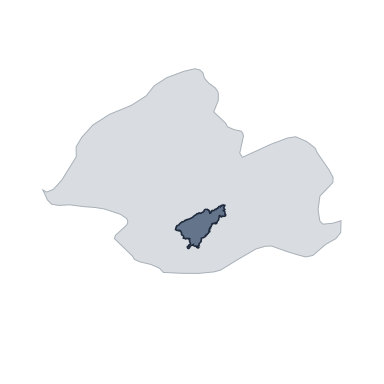 Ngororero, Western, Rwanda (highlighted), rotated 242°
{"feature_id": "39286606B38913138871456", "entity_name": "Ngororero", "entity_type": "district", "adm_level": 2, "iso_a3": "RWA", "parent_name": "Rwanda", "parent_adm1": "Western", "projection": "equal_earth", "projection_center": [29.551, -1.904], "detail": "fine", "context": "in_parent", "style": "filled", "palette": "slate", "viewbox_px": 384, "rotation_deg": 242, "n_neighbors": 0, "source": "geoboundaries", "source_scale": "gbopen_adm2", "svg_char_len": 6741}
<svg xmlns="http://www.w3.org/2000/svg" viewBox="0 0 384 384"><g transform="rotate(242 192 192)"><path d="M159.6,109.5L163.2,109.4L187.3,101.6L189.7,104.1L193.6,119.1L195.7,121.3L199.0,121.9L205.8,118.4L218.2,106.6L223.6,99.5L230.0,89.4L238.1,78.0L242.7,68.1L247.1,62.3L252.9,60.6L259.4,61.1L263.9,61.2L260.2,63.6L259.4,70.9L263.6,82.5L277.5,106.4L286.3,110.9L292.0,120.2L297.7,135.9L299.3,155.6L297.0,179.2L298.4,196.8L303.5,208.3L304.8,223.3L302.4,241.6L299.4,252.6L296.0,256.3L292.0,257.6L286.7,256.4L280.2,257.9L273.1,261.4L268.7,261.9L265.9,261.2L260.7,258.3L252.5,248.8L237.1,254.0L233.0,253.9L227.3,258.4L222.7,264.0L219.9,264.4L217.1,263.6L203.9,252.4L199.0,252.8L197.1,284.3L194.8,301.7L192.1,309.5L182.6,317.0L173.1,321.3L167.9,321.0L146.9,323.4L138.7,323.4L134.2,320.8L128.3,303.0L117.2,295.0L106.5,291.3L102.2,292.4L98.3,301.7L96.7,310.1L86.4,304.3L83.3,297.3L83.0,285.3L79.2,268.9L81.3,261.9L85.4,257.4L93.9,248.8L107.0,236.8L109.8,231.0L111.7,221.5L110.8,199.4L109.6,180.6L111.1,174.0L117.1,159.5L125.1,144.7L134.4,129.0L140.0,127.5L147.4,121.6L155.2,112.8L159.6,109.5Z" fill="#d9dde1" stroke="#a8b0b8" stroke-width="1"/><path d="M168.7,161.8L168.2,161.8L168.0,161.6L168.0,161.0L167.6,160.6L167.2,160.5L167.0,160.3L166.6,160.2L166.5,159.8L166.0,160.1L165.9,160.3L165.7,160.3L165.5,160.5L165.3,160.5L165.1,160.8L165.1,161.1L164.8,161.4L164.1,161.7L164.0,162.0L164.2,162.6L163.9,162.9L163.9,163.1L163.7,163.1L163.3,163.0L163.1,163.6L162.7,163.5L162.2,163.6L161.8,163.5L161.5,163.7L160.9,163.5L160.7,163.6L160.4,163.2L160.0,163.2L159.6,162.8L159.3,162.7L158.9,162.8L158.7,163.0L158.3,163.2L158.0,163.5L157.0,163.8L156.7,163.6L156.2,163.6L155.4,162.6L155.2,162.7L155.1,163.1L154.7,163.3L154.6,163.6L154.6,163.9L154.4,164.1L154.1,164.2L154.1,164.4L154.0,164.2L153.6,164.2L153.6,165.0L153.4,165.2L153.5,165.5L153.1,165.9L153.1,166.4L152.8,166.7L152.6,166.7L152.5,167.1L152.4,167.1L152.4,167.3L152.3,167.7L152.0,167.9L151.8,168.1L151.3,167.3L151.3,167.1L150.6,167.1L150.4,167.3L149.6,166.6L149.4,166.6L149.0,166.5L148.2,166.6L147.9,166.5L147.7,166.6L147.1,166.4L146.8,166.2L146.8,165.5L146.7,164.9L146.8,164.4L146.3,164.0L146.1,163.5L145.7,163.6L145.8,163.2L146.1,162.6L146.1,162.4L145.6,161.9L144.9,162.0L144.3,161.8L143.7,162.3L143.7,162.5L143.8,162.6L143.7,162.7L143.7,163.0L144.0,163.8L144.1,164.0L144.5,164.0L144.8,164.5L144.7,164.8L144.8,165.0L144.9,165.5L145.2,165.8L145.2,166.4L145.0,166.9L144.9,167.2L145.1,167.6L145.0,168.2L144.8,167.9L144.4,168.0L144.3,167.9L144.1,168.1L143.9,168.4L143.4,168.5L142.5,169.5L142.5,169.8L142.2,170.1L141.9,170.8L141.6,170.8L141.4,170.4L141.3,170.5L141.0,170.3L140.9,170.6L140.7,170.7L140.3,170.6L140.1,170.8L139.7,171.0L139.6,171.3L139.9,171.4L139.9,171.6L140.2,171.5L140.3,171.5L140.2,171.8L140.3,171.9L140.3,172.0L140.4,171.9L140.8,172.0L140.8,171.9L141.0,171.7L141.1,171.8L141.3,171.8L141.5,172.0L141.4,172.2L141.5,172.5L141.6,172.9L141.6,173.1L141.8,173.2L141.8,173.4L142.3,173.3L142.6,173.8L143.1,174.0L143.3,175.1L143.5,175.3L143.5,175.6L143.6,176.1L143.9,176.3L143.9,176.5L144.2,177.1L144.6,177.2L144.9,177.4L145.0,177.3L145.8,178.2L146.4,178.2L146.8,178.6L146.7,179.1L146.7,179.8L146.5,180.1L146.4,180.4L146.2,180.8L146.4,181.6L146.4,182.0L146.3,182.3L146.3,182.5L146.5,182.9L146.6,183.1L146.7,183.7L146.8,183.7L147.2,184.1L147.3,184.0L147.3,184.3L147.5,184.5L147.3,184.6L147.2,184.8L147.2,185.3L147.7,185.9L147.8,185.9L147.9,186.4L147.8,186.5L147.8,186.9L148.0,187.0L148.1,187.4L148.3,187.5L148.5,187.9L148.6,188.1L148.6,188.4L148.6,188.7L148.8,189.0L148.7,189.1L148.8,189.2L149.2,188.9L149.2,189.0L149.6,189.2L149.9,189.5L149.9,189.4L150.1,189.3L150.1,189.6L150.3,189.6L150.5,190.1L150.8,190.2L151.1,190.0L151.2,190.4L151.4,190.7L151.6,190.5L151.9,190.7L151.7,191.2L152.0,191.2L152.0,191.4L151.9,191.6L152.1,191.6L152.2,191.9L152.4,191.9L152.6,192.2L152.6,192.9L152.9,193.1L153.2,193.7L153.6,194.0L153.8,194.3L154.0,194.2L154.1,194.4L154.2,194.5L154.7,194.8L154.5,195.4L154.2,195.5L154.0,196.0L154.0,196.5L154.2,196.8L154.2,197.0L154.0,197.3L153.8,197.3L153.9,197.6L153.7,197.8L153.7,198.1L153.5,197.9L153.2,198.1L153.1,197.9L153.0,198.1L152.9,198.0L152.7,198.1L152.7,198.6L152.9,198.7L152.9,199.2L153.2,199.2L153.6,200.1L154.5,201.2L154.6,201.9L155.0,202.6L155.5,202.8L155.6,203.0L156.3,203.3L156.9,204.3L157.0,204.4L157.3,204.4L157.4,204.6L157.6,204.5L158.0,204.7L158.2,204.9L158.2,205.1L158.3,205.3L158.1,205.5L157.8,205.7L157.7,205.8L157.5,205.6L157.4,205.8L157.2,205.7L157.1,205.8L156.9,205.7L156.6,205.9L156.3,206.4L156.0,206.5L156.5,207.7L156.0,208.1L155.5,208.9L155.5,209.1L155.3,209.4L155.2,210.1L155.3,210.2L155.3,210.4L155.4,210.6L155.5,210.7L156.0,210.6L156.4,211.1L156.9,210.6L157.1,210.6L157.2,211.0L157.3,211.1L158.1,211.2L158.7,211.6L159.3,211.6L159.7,211.9L160.0,211.7L160.4,211.1L160.8,211.0L160.7,211.4L160.8,211.6L161.0,211.6L161.1,211.9L161.3,212.9L162.2,212.5L162.6,212.5L162.9,212.7L163.3,212.6L163.6,213.3L163.9,213.5L164.2,214.1L164.4,214.3L164.8,214.2L164.9,214.6L165.0,214.5L165.3,214.2L165.5,214.5L165.3,213.9L165.4,213.7L165.5,213.5L165.8,213.7L166.0,213.0L165.8,213.0L165.7,212.5L165.9,212.2L166.2,212.1L166.3,211.8L165.9,211.6L166.0,211.4L165.9,211.3L165.8,211.0L166.0,210.8L165.9,210.6L166.1,210.7L166.3,210.5L166.1,209.9L166.3,209.7L166.5,209.3L166.5,209.1L166.5,208.8L166.2,208.6L166.2,208.1L166.0,207.5L165.6,207.4L165.6,207.1L165.8,206.7L165.6,206.1L165.8,205.8L165.7,205.3L165.3,205.0L165.6,204.7L165.8,204.5L165.9,204.2L165.6,204.0L165.5,203.1L165.4,202.8L165.5,202.8L165.6,202.3L165.7,201.8L165.8,201.6L166.0,201.6L166.2,201.2L166.3,200.9L166.1,200.7L166.0,200.2L165.7,199.9L165.4,199.8L165.3,199.5L165.1,199.4L164.6,198.6L164.7,198.0L164.9,197.7L165.0,197.7L165.3,197.8L165.6,197.8L166.5,198.4L166.7,198.2L167.0,198.5L167.4,198.3L167.7,198.3L167.9,198.0L168.3,198.1L168.4,197.8L168.7,197.8L168.9,197.5L169.5,197.4L169.8,196.5L170.3,196.0L170.4,195.6L170.3,194.5L170.1,194.0L169.6,193.7L169.4,193.7L169.2,193.3L169.0,192.4L169.3,191.8L169.1,191.0L169.3,190.3L169.0,190.1L169.0,189.6L169.5,188.9L169.8,188.8L170.1,188.7L170.3,188.2L170.0,187.8L170.0,187.5L170.0,186.9L170.3,186.8L170.6,186.1L170.3,185.7L170.1,184.6L169.9,184.2L170.1,183.6L170.1,183.0L169.7,182.1L169.8,181.5L169.7,181.4L169.4,181.0L169.2,180.8L169.4,180.3L169.3,179.5L169.5,179.1L169.3,178.6L169.3,178.1L169.5,177.7L169.5,177.3L169.6,177.0L169.4,176.2L169.6,176.0L169.7,175.6L169.9,175.4L170.0,175.1L170.1,174.2L169.8,174.2L169.9,173.0L170.2,172.9L170.3,172.3L169.8,171.5L170.0,170.5L169.9,170.0L170.0,169.8L170.3,169.6L170.2,169.0L170.3,168.7L170.1,168.5L170.1,167.6L170.1,167.4L169.9,167.4L169.6,166.3L169.7,165.9L169.3,165.5L169.2,164.9L169.1,164.6L169.2,163.8L169.2,163.4L169.4,162.9L168.8,162.3L168.7,161.8Z" fill="#64748b" stroke="#1e293b" stroke-width="1.5"/></g></svg>